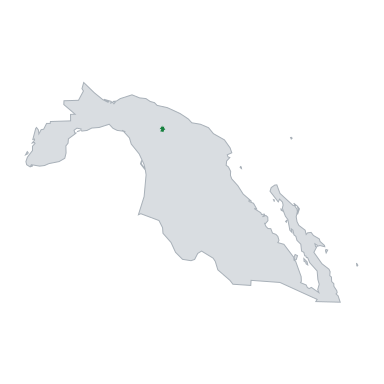 Puente de Ixtla, Morelos, Mexico (highlighted), rotated 181°
{"feature_id": "50627088B15428140679131", "entity_name": "Puente de Ixtla", "entity_type": "district", "adm_level": 2, "iso_a3": "MEX", "parent_name": "Mexico", "parent_adm1": "Morelos", "projection": "albers", "projection_center": [-99.286, 18.588], "detail": "fine", "context": "in_parent", "style": "filled", "palette": "green", "viewbox_px": 384, "rotation_deg": 181, "n_neighbors": 0, "source": "geoboundaries", "source_scale": "gbopen_adm2", "svg_char_len": 4427}
<svg xmlns="http://www.w3.org/2000/svg" viewBox="0 0 384 384"><g transform="rotate(181 192 192)"><path d="M41.9,84.4L66.3,84.6L65.0,86.8L102.5,103.1L131.4,104.7L131.6,99.6L149.5,100.5L152.5,104.3L164.8,114.6L167.5,123.0L169.7,126.2L181.4,133.1L185.2,130.7L188.2,124.6L191.8,123.3L200.3,124.5L207.4,131.4L212.1,141.2L220.3,150.2L220.8,155.8L224.5,162.9L242.8,169.4L245.2,168.3L239.8,186.6L238.2,208.4L239.0,213.1L244.0,219.3L243.0,222.7L243.2,219.3L239.2,214.0L240.5,218.9L245.5,229.2L253.6,238.9L255.5,245.0L261.3,251.2L259.7,251.1L263.0,252.5L261.9,251.6L267.9,252.3L272.1,254.3L276.0,258.3L285.9,254.9L293.3,254.2L298.1,251.7L303.2,251.0L304.3,251.8L304.0,253.1L308.2,253.8L311.0,251.7L310.1,248.5L308.7,249.4L309.1,248.7L316.5,243.0L316.8,238.6L318.9,235.9L318.6,228.8L319.8,223.5L325.4,220.1L335.5,217.9L339.9,215.9L344.8,215.2L353.1,216.5L353.7,215.3L351.6,215.3L354.3,214.3L357.8,216.4L358.6,219.5L357.2,223.9L352.2,230.7L352.3,235.0L349.8,237.8L350.3,238.7L352.7,238.2L350.3,241.1L350.4,242.2L352.1,241.7L349.4,252.7L348.6,253.8L346.7,251.4L346.1,247.4L343.9,251.7L341.4,252.2L338.6,258.0L335.0,258.1L334.8,260.0L314.6,261.0L314.8,267.5L310.2,267.7L321.7,277.2L321.6,281.0L307.1,281.7L302.3,291.1L303.8,293.4L302.2,299.6L291.4,289.5L282.7,282.7L277.5,280.2L277.0,280.9L281.8,283.2L274.3,281.2L274.8,279.5L272.9,280.3L271.6,278.8L270.3,280.4L272.8,281.2L269.1,281.6L265.4,284.1L253.7,288.1L246.1,285.2L239.7,284.6L235.4,281.8L231.1,280.7L228.4,278.0L218.1,275.9L205.2,270.2L196.9,264.9L193.4,261.2L184.8,259.9L176.6,256.6L171.6,250.7L160.5,244.7L154.7,236.8L152.9,231.9L157.4,229.8L156.7,227.8L154.8,227.1L157.9,223.6L158.3,219.3L156.0,217.7L153.7,213.3L153.9,209.4L152.5,205.8L146.2,199.0L140.8,190.8L132.2,183.6L134.7,185.0L134.9,183.5L130.3,181.8L127.1,176.3L129.5,176.5L122.9,172.5L122.0,170.7L119.4,171.2L119.0,170.4L121.1,168.4L117.7,169.8L115.8,168.2L115.6,164.6L118.1,161.6L119.0,162.3L117.5,158.9L115.4,156.8L112.6,156.7L110.8,152.3L107.4,151.1L105.4,149.1L104.2,145.2L105.3,142.9L99.2,141.3L89.2,128.5L88.8,125.6L87.2,124.6L81.4,109.3L81.1,104.7L81.9,103.3L76.2,101.0L75.0,98.5L73.2,97.5L71.0,98.7L63.4,93.6L64.6,96.6L63.2,102.0L64.6,106.6L65.5,115.2L73.0,123.3L75.3,128.5L76.5,128.4L77.0,130.0L78.2,130.2L79.1,133.6L81.4,134.8L82.3,141.7L86.2,145.5L87.4,149.5L89.3,150.9L90.4,155.6L92.0,156.8L91.3,153.3L93.5,155.5L95.7,166.2L98.2,169.4L101.4,177.3L100.7,180.5L101.3,183.4L104.3,186.4L105.6,183.6L114.0,194.1L112.9,197.8L109.3,200.4L107.3,200.6L104.0,192.1L90.6,180.2L89.3,180.2L86.7,176.6L86.3,174.2L87.4,169.1L86.5,164.2L84.6,160.5L78.2,155.8L77.1,151.5L75.7,153.2L72.2,153.7L69.9,150.7L63.9,147.3L63.1,144.8L58.6,140.9L58.3,139.6L63.1,140.7L66.0,139.9L65.9,141.0L68.2,142.4L67.5,139.5L66.4,139.2L69.1,133.8L60.8,122.5L53.7,117.2L52.5,114.7L52.8,110.8L51.1,109.4L50.8,104.9L48.6,102.8L48.5,100.2L45.5,95.8L45.1,93.8L46.2,92.6L44.1,90.7L41.9,84.4ZM88.8,128.7L87.8,131.3L85.4,130.2L86.6,126.2L88.1,125.9L88.8,128.7ZM79.0,127.4L75.7,124.2L75.0,121.1L76.7,122.2L77.0,123.9L78.7,124.5L79.0,127.4ZM357.4,229.5L356.5,228.6L356.8,227.4L359.1,226.2L357.4,229.5ZM86.6,180.0L84.3,177.0L86.1,171.4L85.4,176.5L86.6,180.0ZM57.1,136.9L55.3,136.3L56.8,133.4L57.5,135.7L57.1,136.9ZM26.3,123.8L24.9,121.7L25.3,120.9L25.9,121.0L26.3,123.8ZM88.7,180.3L90.1,182.6L87.1,180.2L88.7,180.3ZM144.3,217.3L144.0,218.3L143.2,217.9L142.9,216.3L144.3,217.3ZM102.5,175.3L103.0,177.1L101.5,174.8L102.5,175.3ZM97.1,163.4L97.9,164.2L96.5,165.7L97.1,163.4ZM94.4,248.2L93.7,248.4L92.8,247.6L93.7,246.7L94.4,248.2ZM306.8,250.9L305.0,251.4L308.0,250.3L306.8,250.9ZM110.4,185.8L109.6,185.5L109.5,183.8L110.4,185.8Z" fill="#d9dde1" stroke="#a8b0b8" stroke-width="1"/><path d="M223.5,255.7L223.8,255.3L223.2,255.4L223.1,255.1L223.4,254.9L223.4,254.7L223.2,254.6L223.0,254.8L222.9,254.7L222.7,254.7L222.7,254.4L222.5,254.2L222.5,254.3L222.5,254.2L222.4,254.0L222.5,253.8L222.6,253.7L222.8,253.5L223.0,253.6L223.2,253.4L223.3,253.3L223.2,253.2L223.3,253.1L223.5,253.0L223.5,252.9L223.6,252.7L223.3,252.7L223.2,252.6L222.9,252.6L222.6,252.5L222.7,252.8L222.4,252.9L222.2,252.9L222.0,253.0L221.9,253.0L221.9,253.3L221.9,253.5L222.0,253.5L222.0,253.8L222.0,254.0L222.1,254.3L221.8,254.4L221.7,254.4L221.8,254.5L222.0,254.4L221.9,254.9L221.5,254.9L221.6,255.0L221.7,255.3L221.8,255.4L221.8,255.5L221.9,255.4L222.0,255.3L222.1,255.5L222.3,255.7L222.5,255.6L223.0,255.7L223.5,255.6L223.5,255.7Z" fill="#22c55e" stroke="#15803d" stroke-width="1.5"/></g></svg>